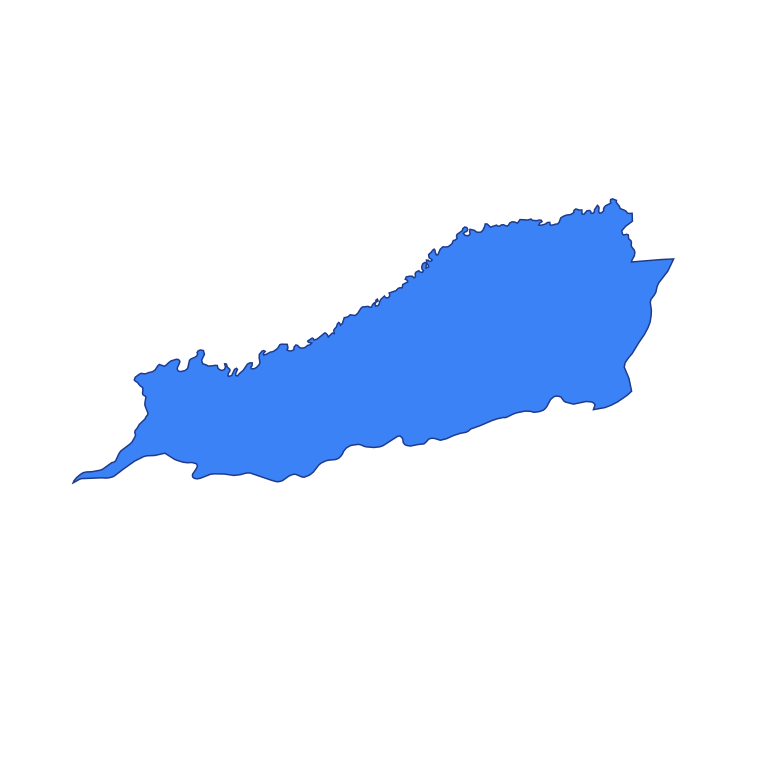 Ipiranga do Norte, Mato Grosso, Brazil, rotated 231°
{"feature_id": "56859067B36287964515387", "entity_name": "Ipiranga do Norte", "entity_type": "district", "adm_level": 2, "iso_a3": "BRA", "parent_name": "Brazil", "parent_adm1": "Mato Grosso", "projection": "equal_earth", "projection_center": [-55.972, -11.935], "detail": "fine", "context": "isolated", "style": "filled", "palette": "blue", "viewbox_px": 768, "rotation_deg": 231, "n_neighbors": 0, "source": "geoboundaries", "source_scale": "gbopen_adm2", "svg_char_len": 6153}
<svg xmlns="http://www.w3.org/2000/svg" viewBox="0 0 768 768"><g transform="rotate(231 384 384)"><path d="M452.7,429.3L453.2,427.2L452.9,425.1L451.7,423.0L452.4,421.4L454.3,420.5L457.4,415.8L457.4,413.8L455.4,407.8L455.4,404.6L459.1,401.3L458.9,398.7L459.5,396.6L460.6,394.9L457.3,389.9L457.1,387.1L459.0,387.8L460.3,387.6L460.1,385.7L458.2,382.7L458.0,380.6L457.4,378.7L454.5,377.1L456.1,375.8L455.6,370.3L457.7,370.9L459.8,370.8L461.0,370.2L461.0,360.3L462.1,357.3L463.7,357.6L464.9,357.1L465.4,351.7L463.9,351.5L461.3,353.6L461.0,351.2L462.1,348.9L462.0,346.2L462.6,344.2L463.7,342.6L465.3,341.4L468.4,341.1L469.8,340.1L469.2,337.1L467.4,335.7L468.1,332.5L469.8,330.9L471.7,330.0L472.4,332.0L475.7,333.8L479.4,329.5L480.1,327.9L478.6,323.5L478.9,318.5L480.3,315.7L481.2,311.1L482.2,308.7L483.7,309.7L484.0,312.2L485.6,311.7L486.3,310.0L485.5,305.8L483.1,303.6L478.5,300.9L477.5,298.7L477.1,295.0L477.8,292.2L479.4,290.6L480.9,291.1L481.2,292.9L483.3,294.9L484.8,293.2L485.4,290.4L483.2,283.1L483.1,278.0L482.4,275.2L483.9,274.2L485.4,275.2L487.5,279.3L489.1,279.2L489.4,277.0L486.5,271.1L487.3,268.6L488.6,267.9L490.4,270.1L491.2,272.6L492.4,273.4L495.9,272.9L498.7,274.1L500.0,272.9L496.9,271.4L495.7,269.1L496.6,266.4L498.6,265.3L500.8,264.9L503.3,266.1L504.8,264.5L506.4,261.6L508.7,258.6L510.5,258.0L513.8,255.9L516.7,256.9L518.0,258.6L520.0,263.1L523.7,264.7L526.1,262.6L526.7,260.2L526.0,258.4L524.7,258.3L523.7,256.3L523.7,254.1L525.0,249.6L524.8,247.7L520.0,241.7L519.6,240.1L519.7,237.8L521.7,233.7L523.4,232.3L525.7,232.6L527.1,234.3L528.7,237.8L530.1,239.7L532.3,239.7L533.9,238.2L536.0,232.9L536.1,230.4L535.8,226.2L536.1,224.4L540.6,221.7L540.5,219.6L539.0,215.1L539.2,211.8L540.8,208.7L542.1,204.8L545.2,201.9L545.6,199.6L545.8,195.0L544.4,192.5L542.9,192.5L540.3,193.4L536.3,193.3L533.1,194.2L530.3,192.2L529.2,190.8L527.5,189.9L524.0,191.0L519.2,185.7L517.5,184.6L509.6,182.1L508.7,180.7L508.4,178.6L507.2,176.2L506.6,168.5L505.0,164.4L504.4,161.2L503.0,159.7L500.8,158.9L499.7,157.3L497.5,151.7L497.2,148.7L497.6,137.3L496.5,133.8L493.2,127.1L493.2,125.0L494.2,123.0L494.8,112.2L495.5,109.4L499.6,101.9L502.9,97.4L504.4,94.4L504.8,90.9L504.7,86.2L503.9,82.2L502.8,80.2L501.5,87.8L500.8,89.4L488.9,105.4L485.8,108.8L484.2,111.2L482.5,115.0L482.2,116.9L481.9,128.3L481.0,141.8L478.8,151.7L477.4,154.6L472.7,160.9L468.1,170.2L457.3,173.8L454.8,175.2L449.7,178.6L446.6,181.6L443.7,185.5L439.9,188.1L437.7,187.4L436.3,184.9L434.4,178.6L433.2,177.3L431.8,176.8L430.4,177.1L428.8,178.2L427.5,179.7L426.2,182.4L423.0,192.5L420.8,195.8L414.4,203.4L407.4,209.8L404.0,215.2L401.5,220.9L399.2,223.9L379.8,236.1L375.5,239.2L374.3,240.8L372.8,244.3L372.3,252.0L371.7,254.6L370.6,257.1L369.3,258.6L363.1,261.9L361.7,263.6L360.1,268.7L360.0,273.4L362.1,282.5L362.1,285.4L360.9,290.5L359.6,293.1L356.0,298.5L355.0,301.1L354.9,304.1L355.6,307.3L357.1,310.2L358.0,314.3L357.5,318.1L356.7,320.4L353.2,326.1L351.4,327.7L348.0,329.4L346.1,330.9L341.1,336.1L337.9,341.1L336.7,344.4L334.8,361.5L333.7,363.7L331.2,364.2L329.4,363.9L326.4,362.1L324.0,362.0L322.1,362.9L319.2,365.4L315.3,372.8L312.3,377.4L312.4,380.2L313.0,383.7L312.6,385.4L311.7,387.1L309.9,389.0L304.8,392.4L302.1,398.3L300.3,405.3L297.6,412.4L294.9,417.3L294.3,419.8L294.5,423.0L291.3,432.0L287.7,444.7L285.8,449.9L283.0,455.5L281.8,456.7L280.9,458.8L279.4,465.3L278.3,468.6L274.1,476.7L270.4,480.8L268.1,482.3L266.5,484.4L264.7,487.6L263.4,491.2L263.4,493.6L263.9,496.0L267.1,503.7L267.3,507.6L266.4,510.0L265.2,511.5L262.6,513.3L257.4,513.1L255.7,513.7L249.1,518.6L243.2,530.1L239.4,534.1L237.3,535.0L235.0,534.9L232.3,530.6L226.7,540.7L224.6,547.1L223.1,554.3L222.6,560.5L222.2,566.3L222.6,571.9L234.2,577.9L245.9,581.3L248.8,584.8L250.4,590.2L251.5,596.0L255.8,608.1L258.6,617.5L261.6,624.5L264.5,629.6L268.8,634.4L272.9,638.1L279.9,642.3L281.8,644.8L282.9,649.6L284.2,653.0L287.9,657.6L289.7,661.1L293.1,675.6L298.9,687.8L306.1,678.0L323.1,653.1L324.3,654.8L326.0,659.1L328.5,661.9L330.8,662.8L334.8,662.8L336.3,663.5L338.3,665.4L340.1,666.1L342.8,665.5L346.2,667.7L347.8,666.6L349.0,663.9L350.6,663.8L353.4,665.1L354.5,670.9L354.2,679.5L360.5,684.3L362.6,681.4L363.8,680.7L365.7,680.9L367.6,680.3L371.6,678.0L374.3,678.8L379.0,678.8L380.4,680.2L384.0,678.2L384.7,676.2L383.5,674.9L381.8,674.0L383.0,669.0L383.0,667.1L382.1,665.0L380.4,663.8L380.1,661.0L381.0,659.1L383.0,659.4L385.6,662.0L387.0,662.5L388.5,662.3L387.0,657.4L385.3,655.6L385.2,653.7L386.4,652.4L387.8,653.2L389.4,653.1L390.9,650.8L390.1,646.1L391.4,644.9L394.8,647.3L396.1,645.4L399.3,643.3L399.4,640.9L397.8,639.3L398.2,635.8L400.6,631.8L401.5,628.7L401.8,625.8L399.4,621.8L399.2,619.4L400.2,618.1L401.8,614.2L403.2,613.3L405.3,614.6L406.7,612.6L406.8,609.9L408.5,606.0L410.1,604.3L411.1,606.4L410.7,609.0L412.3,609.3L413.7,607.9L414.8,605.5L417.8,602.3L419.7,602.1L420.9,599.0L426.2,593.2L425.0,589.0L427.8,587.4L429.5,585.5L430.0,583.0L429.1,580.7L429.3,578.8L432.7,577.0L433.8,575.2L433.9,573.2L435.1,571.8L436.7,571.4L438.9,565.5L443.4,564.9L444.7,563.4L443.4,561.9L441.2,557.5L441.1,554.7L443.0,552.2L444.8,551.2L446.5,551.0L450.1,548.2L448.6,546.4L446.7,545.7L446.0,543.9L446.6,542.3L448.6,540.5L451.0,540.5L451.2,542.4L450.5,544.3L451.2,546.2L453.6,546.8L455.2,545.5L455.2,543.1L453.9,541.2L454.3,534.9L453.3,533.4L451.1,532.5L451.1,529.6L451.9,528.2L450.2,525.0L450.3,520.5L451.5,518.3L453.6,516.0L453.3,512.4L450.5,507.2L451.3,505.9L454.3,506.8L455.8,507.8L457.3,507.8L457.4,505.9L456.8,504.3L456.5,500.1L453.8,498.5L450.2,499.6L449.8,497.9L451.0,496.4L452.4,496.3L453.6,495.0L451.1,493.2L452.8,492.1L453.0,489.6L451.3,487.0L449.1,485.8L447.3,486.0L446.6,484.0L448.2,482.6L450.2,482.3L450.8,479.2L450.2,477.7L447.6,476.0L447.5,474.2L449.9,473.8L451.7,471.7L453.2,468.7L452.1,466.4L449.9,467.4L448.4,466.7L449.5,461.2L447.3,458.6L448.8,456.9L449.4,455.2L449.0,452.1L451.5,445.2L450.2,444.9L448.5,443.4L448.6,441.0L450.1,439.6L452.1,439.7L451.7,434.6L450.5,432.2L449.2,430.6L448.7,428.9L449.8,426.6L451.7,427.2L452.7,429.3ZM451.1,493.2L448.4,493.2L446.8,492.3L447.7,489.6L451.1,493.2ZM452.7,429.3L452.2,431.7L454.2,432.2L454.2,430.4L452.7,429.3Z" fill="#3b82f6" stroke="#1e3a8a" stroke-width="1.5"/></g></svg>